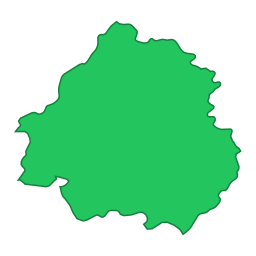 the border of Dordogne
{"feature_id": "FRA-5286", "entity_name": "Dordogne", "entity_type": "Metropolitan department", "adm_level": 1, "iso_a3": "FRA", "parent_name": "France", "parent_adm1": "", "projection": "robinson", "projection_center": [0.813, 45.142], "detail": "fine", "context": "isolated", "style": "filled", "palette": "green", "viewbox_px": 256, "rotation_deg": 0, "n_neighbors": 0, "source": "natural_earth", "source_scale": "10m", "svg_char_len": 3413}
<svg xmlns="http://www.w3.org/2000/svg" viewBox="0 0 256 256"><path d="M18.3,180.1L24.9,170.8L24.9,169.1L21.9,165.8L21.1,164.1L21.4,161.5L22.4,159.2L23.8,157.3L25.5,155.8L26.3,154.7L25.8,152.0L26.2,150.5L30.3,142.2L30.0,138.8L27.8,133.7L25.2,131.6L15.4,131.6L18.5,127.6L19.6,126.9L20.3,125.8L20.5,124.7L19.4,122.9L18.8,121.6L18.6,120.9L20.5,118.3L20.5,118.2L31.5,113.0L33.0,112.6L34.3,112.5L35.6,112.8L38.1,113.9L39.3,114.2L40.6,114.0L42.0,113.4L43.4,112.4L44.6,111.0L45.9,107.9L46.1,107.1L46.6,106.5L47.5,105.7L51.6,104.3L53.7,103.3L56.5,101.1L58.2,99.4L59.1,97.2L59.2,95.7L58.7,90.7L58.8,88.2L59.2,85.8L61.2,78.7L62.1,76.5L63.0,75.3L64.1,74.2L79.4,64.6L82.5,63.6L83.8,63.9L84.7,63.9L86.0,62.9L87.7,61.0L92.1,54.0L95.8,49.8L96.7,48.2L97.6,45.6L97.9,44.0L98.0,42.4L97.9,38.3L98.1,37.0L98.6,35.9L99.6,35.0L101.3,34.5L102.8,34.7L104.3,34.4L105.8,33.4L108.8,29.1L111.2,26.0L116.5,21.7L119.4,23.8L123.6,24.5L128.2,24.2L129.8,24.4L131.3,25.1L133.5,27.1L136.8,30.8L137.2,32.2L137.1,33.4L135.4,38.4L135.3,39.6L136.6,40.9L139.0,41.9L144.0,43.1L146.6,42.8L148.3,42.1L149.9,39.7L150.9,38.8L152.0,38.6L153.6,39.8L154.9,40.6L156.9,40.7L161.6,39.5L162.9,39.4L166.9,40.1L168.0,40.1L170.8,39.6L172.6,39.6L173.9,40.2L175.4,41.3L177.4,43.9L181.0,49.6L182.1,50.9L183.7,52.2L186.7,53.3L193.0,54.1L194.3,54.7L195.2,55.6L195.3,57.2L194.6,58.4L193.3,59.5L191.3,60.9L191.0,61.2L190.5,61.9L190.3,62.9L191.0,64.1L192.5,65.1L195.7,66.0L197.8,66.9L201.3,69.0L205.8,68.2L209.7,70.9L210.5,71.4L212.3,71.2L213.4,71.4L214.6,72.1L215.1,73.3L214.6,75.0L213.8,76.3L212.8,77.6L212.2,78.8L212.0,80.1L212.4,81.3L213.7,82.5L215.1,82.7L216.5,82.4L217.9,82.0L219.3,82.0L220.2,82.7L220.6,83.9L220.1,85.6L219.0,86.8L215.1,89.1L212.8,92.0L210.5,93.4L209.6,94.4L209.1,95.5L209.0,97.8L208.6,99.0L208.0,100.1L208.0,101.4L208.7,102.7L210.8,104.4L212.8,105.5L213.9,106.6L213.6,108.1L212.5,109.3L208.6,112.2L207.8,113.2L207.4,114.3L207.4,115.4L207.9,116.3L209.5,116.9L212.5,116.6L213.8,116.8L214.8,117.7L215.2,119.3L215.1,120.6L214.5,121.8L213.7,122.9L213.3,124.0L213.7,125.3L215.0,126.7L217.9,128.4L219.9,129.1L221.6,129.4L230.2,129.1L231.3,129.4L232.0,130.3L231.9,132.3L231.3,133.7L230.9,135.1L230.8,136.5L231.4,138.2L232.5,140.8L234.2,143.0L235.2,145.1L236.3,146.4L239.0,148.4L240.6,151.2L236.3,154.0L235.6,157.0L238.9,166.6L238.8,168.8L238.1,170.4L237.0,171.7L237.0,173.0L237.5,174.8L237.5,176.0L236.9,177.4L235.9,178.5L231.7,181.7L230.6,183.0L229.3,184.8L227.7,188.0L226.4,189.7L225.0,190.5L223.7,190.4L222.2,190.6L220.7,191.4L218.9,193.8L218.3,195.4L218.6,196.8L219.4,197.7L220.2,198.9L220.1,200.9L219.0,202.8L216.7,205.7L215.0,207.3L213.2,208.3L210.4,209.3L209.2,210.1L207.0,212.0L205.8,212.6L204.4,213.0L201.6,213.4L200.1,213.9L197.9,215.7L191.3,226.6L189.6,228.8L185.8,232.2L183.1,234.3L180.0,229.4L174.0,225.1L167.2,222.2L162.2,222.3L152.2,228.7L147.3,229.1L143.7,224.3L147.0,221.6L147.5,218.2L146.0,214.9L142.9,212.5L140.1,212.1L131.3,214.9L123.9,215.6L120.6,214.4L118.6,211.4L117.1,210.6L111.0,210.4L109.0,210.8L107.4,212.4L104.9,215.9L102.8,217.1L101.4,217.0L98.2,215.2L96.6,215.0L86.6,220.1L83.2,220.9L76.9,218.6L73.1,212.7L69.9,205.3L65.1,198.8L63.0,196.5L61.7,193.6L60.1,186.7L62.5,186.6L65.0,185.4L67.3,183.4L68.9,181.0L67.9,180.2L67.1,179.3L66.3,179.0L58.2,176.8L55.5,176.4L56.5,179.0L54.1,180.9L49.4,185.7L46.6,186.7L24.9,184.1L24.5,183.5L21.8,181.1L21.2,180.8L20.3,179.8L18.3,180.1Z" fill="#22c55e" stroke="#15803d" stroke-width="1.5"/></svg>